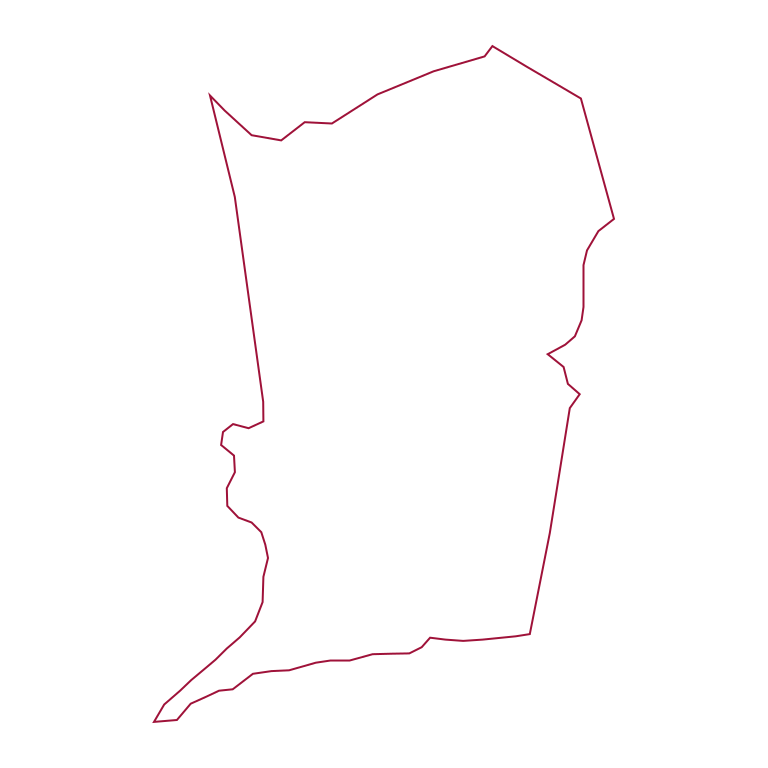 outline of Areia de Baraúnas, Paraíba, Brazil
{"feature_id": "56859067B67861482735217", "entity_name": "Areia de Baraúnas", "entity_type": "district", "adm_level": 2, "iso_a3": "BRA", "parent_name": "Brazil", "parent_adm1": "Paraíba", "projection": "orthographic", "projection_center": [-36.973, -7.117], "detail": "fine", "context": "isolated", "style": "outline", "palette": "rose", "viewbox_px": 768, "rotation_deg": 0, "n_neighbors": 0, "source": "geoboundaries", "source_scale": "gbopen_adm2", "svg_char_len": 1032}
<svg xmlns="http://www.w3.org/2000/svg" viewBox="0 0 768 768"><path d="M614.0,218.9L580.9,98.5L526.4,66.5L492.4,46.1L484.6,56.4L433.6,71.3L377.5,94.4L331.9,123.5L304.7,122.2L281.2,140.4L251.6,135.2L224.6,110.5L210.0,95.5L234.8,196.9L263.2,401.8L263.4,421.4L248.6,428.2L233.0,424.1L223.0,432.0L221.1,445.0L234.0,455.6L234.9,472.2L226.8,488.2L227.3,505.9L238.4,517.6L251.6,522.5L261.3,532.2L265.3,544.7L268.0,558.0L263.4,576.8L262.6,602.1L255.1,621.4L239.7,637.4L226.8,648.5L215.5,659.7L205.2,668.4L191.2,680.1L180.1,690.7L164.2,704.5L154.0,721.9L176.9,720.0L190.7,703.7L205.8,696.9L219.0,690.7L232.7,689.3L252.9,673.8L271.5,671.1L289.1,670.3L315.8,662.7L330.6,660.5L349.7,660.5L372.6,654.2L392.1,653.7L409.3,653.4L421.7,647.2L430.1,637.7L445.4,639.6L463.2,640.9L482.7,639.6L515.8,636.3L529.8,634.1L549.8,533.1L569.8,408.1L579.7,394.2L567.9,383.9L563.6,367.0L547.7,354.2L565.2,344.7L574.9,336.3L581.6,320.3L583.5,307.0L583.5,285.2L583.5,265.1L587.0,250.4L598.4,231.1L614.0,218.9Z" fill="none" stroke="#9f1239" stroke-width="2"/></svg>